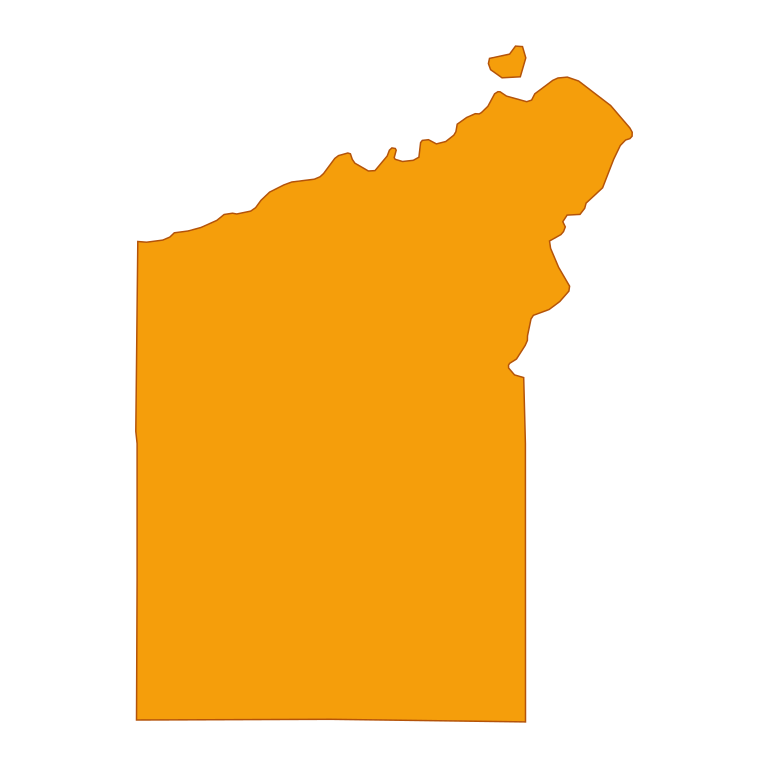 outline of Bayfield, Wisconsin, United States of America
{"feature_id": "52423323B38033489940557", "entity_name": "Bayfield", "entity_type": "district", "adm_level": 2, "iso_a3": "USA", "parent_name": "United States of America", "parent_adm1": "Wisconsin", "projection": "equal_earth", "projection_center": [-91.063, 46.578], "detail": "fine", "context": "isolated", "style": "filled", "palette": "amber", "viewbox_px": 768, "rotation_deg": 0, "n_neighbors": 0, "source": "geoboundaries", "source_scale": "gbopen_adm2", "svg_char_len": 1494}
<svg xmlns="http://www.w3.org/2000/svg" viewBox="0 0 768 768"><path d="M525.5,721.9L525.4,443.7L523.7,377.6L514.5,374.9L508.6,368.0L508.5,365.1L509.7,363.3L516.5,359.0L525.2,345.4L527.4,340.4L527.5,335.8L531.0,319.0L533.4,315.3L549.1,309.5L559.8,301.5L568.9,291.1L569.6,286.2L558.6,267.3L550.6,248.4L549.5,241.0L560.9,234.6L563.5,231.6L565.3,226.9L562.8,221.7L567.1,215.1L580.0,214.4L584.7,208.3L586.1,203.1L602.6,187.8L613.7,159.2L620.3,145.5L625.6,140.0L629.9,138.6L632.1,136.2L632.2,132.2L629.9,128.0L610.7,105.6L578.6,81.0L567.3,77.1L557.9,78.0L552.7,80.4L534.8,93.8L531.6,100.1L526.7,101.7L506.5,96.1L500.1,91.8L497.9,91.7L494.6,93.8L487.9,106.3L481.4,112.6L479.2,113.9L475.2,113.7L466.6,117.5L457.2,124.2L455.9,131.7L453.8,135.2L445.8,141.5L436.4,143.9L428.5,139.7L422.3,140.4L420.6,142.6L418.9,157.2L413.3,160.3L402.5,161.5L395.2,159.3L394.2,157.7L396.2,150.2L395.3,148.5L391.9,147.9L389.4,150.2L387.2,156.0L375.0,170.6L368.4,171.0L354.9,163.2L352.3,159.4L350.4,153.8L347.8,153.0L338.5,155.6L334.8,158.4L323.6,173.5L320.0,176.8L314.3,179.2L291.8,182.0L284.1,184.8L269.6,192.1L261.0,200.3L255.6,207.7L250.7,211.1L236.7,214.0L232.5,213.2L224.1,214.5L216.8,220.4L200.9,227.5L188.0,231.0L174.3,232.8L169.8,237.1L162.7,240.1L146.6,242.2L137.8,241.5L135.8,431.4L137.1,443.6L137.1,580.6L136.5,720.0L330.7,719.3L525.5,721.9ZM489.5,58.4L488.4,63.6L490.6,69.7L502.0,77.8L520.3,76.8L525.8,57.9L522.5,46.6L515.5,46.1L509.6,54.1L489.5,58.4Z" fill="#f59e0b" stroke="#b45309" stroke-width="1.5"/></svg>